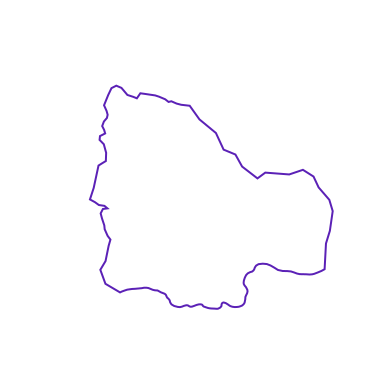 outline of Mobaye, Basse-Kotto, Central African Republic, rotated 333°
{"feature_id": "33826404B98868976507956", "entity_name": "Mobaye", "entity_type": "district", "adm_level": 2, "iso_a3": "CAF", "parent_name": "Central African Republic", "parent_adm1": "Basse-Kotto", "projection": "albers", "projection_center": [21.19, 4.52], "detail": "fine", "context": "isolated", "style": "outline", "palette": "violet", "viewbox_px": 384, "rotation_deg": 333, "n_neighbors": 0, "source": "geoboundaries", "source_scale": "gbopen_adm2", "svg_char_len": 2409}
<svg xmlns="http://www.w3.org/2000/svg" viewBox="0 0 384 384"><g transform="rotate(333 192 192)"><path d="M229.1,114.1L222.0,109.4L218.4,106.2L214.8,101.8L212.0,101.1L210.2,97.2L205.9,92.1L203.0,89.2L194.4,83.1L190.8,80.6L185.4,83.5L182.9,80.6L178.5,76.2L176.4,67.2L172.8,62.9L167.4,62.9L161.3,67.6L153.0,74.8L152.7,80.9L151.9,84.9L149.8,87.4L145.5,89.2L141.9,92.5L141.9,96.8L141.2,100.4L139.4,100.4L135.4,100.4L133.3,103.6L135.1,109.4L133.3,118.1L129.3,125.3L125.1,125.6L120.7,126.0L106.3,143.7L97.7,152.3L100.9,157.0L103.1,161.3L107.7,164.6L109.2,168.2L104.9,166.7L100.9,169.6L99.8,174.7L98.7,181.9L97.3,185.5L96.9,192.7L97.7,197.4L93.3,202.1L83.6,214.3L75.0,219.7L73.2,234.5L82.3,248.8L83.5,248.8L84.9,248.9L87.2,249.2L89.9,249.6L92.3,250.4L94.6,251.2L97.3,252.4L103.6,254.9L105.7,255.5L107.9,256.6L109.6,257.8L112.6,261.3L114.4,262.8L116.6,264.1L117.3,265.1L118.7,267.2L121.3,270.1L121.8,271.0L122.0,271.7L122.0,272.7L121.9,273.6L121.9,274.5L122.0,275.2L122.4,275.9L122.7,277.1L122.9,278.1L122.8,279.0L122.5,279.9L122.5,280.7L122.5,281.6L122.7,282.8L123.3,283.8L124.4,285.5L126.0,286.9L127.1,287.9L129.0,289.1L131.0,289.6L133.2,289.8L135.5,290.3L136.8,291.1L137.9,292.9L138.7,293.6L139.8,294.1L141.8,294.4L144.7,294.7L147.0,295.2L148.5,295.9L149.6,296.7L149.9,297.2L150.0,297.6L150.0,298.1L150.1,298.6L150.4,299.3L152.2,301.2L153.6,302.6L155.0,303.7L156.4,304.6L158.9,306.0L160.2,306.8L161.4,307.5L162.4,307.8L163.4,307.8L164.5,307.8L165.4,307.5L166.3,307.1L166.7,306.6L167.1,305.9L167.6,305.3L168.1,304.9L168.9,304.6L169.8,304.7L170.6,305.3L171.6,306.3L172.8,308.2L173.6,309.8L174.4,311.1L175.9,312.6L177.8,313.9L179.7,314.8L181.6,315.5L183.4,315.8L185.2,315.9L187.1,315.4L188.6,314.5L190.8,311.7L191.9,309.8L193.3,308.6L195.2,307.2L196.4,305.7L196.9,304.2L196.9,301.4L196.4,299.1L196.4,297.4L196.8,296.3L198.0,294.5L200.2,292.3L202.5,290.6L204.8,289.8L207.3,289.8L209.5,290.2L211.2,289.8L212.5,289.0L213.7,287.8L215.7,286.7L218.5,286.5L222.5,288.0L226.0,290.2L228.6,293.1L231.0,296.8L233.2,300.5L237.0,303.6L240.8,305.6L244.1,307.7L246.5,310.1L248.5,312.3L250.7,314.1L256.3,317.1L259.3,318.9L261.7,319.9L263.8,320.4L267.5,320.8L271.5,321.1L275.1,321.0L288.0,298.7L297.2,289.2L308.7,272.9L310.8,261.3L306.9,245.4L307.3,233.4L300.9,222.6L286.6,220.5L266.1,208.0L256.5,209.6L248.2,192.1L247.7,178.3L239.4,168.6L240.1,150.3L231.6,130.7L229.1,114.1Z" fill="none" stroke="#5b21b6" stroke-width="2"/></g></svg>